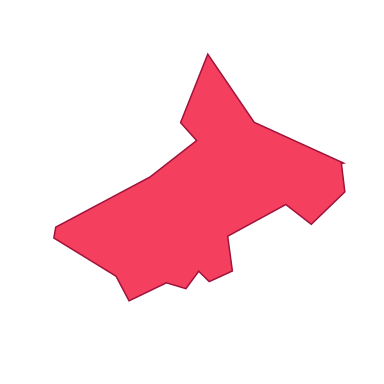 Leer, Unity, South Sudan (Albers equal-area conic projection), rotated 232°
{"feature_id": "79223893B69853556807394", "entity_name": "Leer", "entity_type": "district", "adm_level": 2, "iso_a3": "SSD", "parent_name": "South Sudan", "parent_adm1": "Unity", "projection": "albers", "projection_center": [30.206, 8.187], "detail": "fine", "context": "isolated", "style": "filled", "palette": "rose", "viewbox_px": 384, "rotation_deg": 232, "n_neighbors": 0, "source": "geoboundaries", "source_scale": "gbopen_adm2", "svg_char_len": 417}
<svg xmlns="http://www.w3.org/2000/svg" viewBox="0 0 384 384"><g transform="rotate(232 192 192)"><path d="M290.9,289.3L253.7,225.7L229.7,227.3L229.7,168.1L248.2,63.0L240.8,54.8L172.4,80.3L145.0,75.4L136.2,115.9L119.6,127.7L125.4,148.5L110.8,150.4L104.9,175.2L135.2,192.9L124.4,258.2L93.1,266.1L98.0,312.5L122.5,327.3L121.5,329.2L208.6,283.9L290.9,289.3Z" fill="#f43f5e" stroke="#9f1239" stroke-width="1.5"/></g></svg>